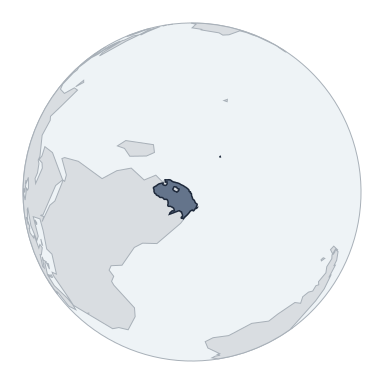 South Africa on an orthographic globe, rotated 252°
{"feature_id": "ZAF", "entity_name": "South Africa", "entity_type": "country or territory", "adm_level": 0, "iso_a3": "ZAF", "parent_name": "Africa", "parent_adm1": "", "projection": "orthographic", "projection_center": [25.295, -34.555], "detail": "fine", "context": "on_globe", "style": "filled", "palette": "slate", "viewbox_px": 384, "rotation_deg": 252, "n_neighbors": 0, "source": "natural_earth", "source_scale": "50m", "svg_char_len": 8718}
<svg xmlns="http://www.w3.org/2000/svg" viewBox="0 0 384 384"><g transform="rotate(252 192 192)"><circle cx="192" cy="192" r="169" fill="#eef3f6" stroke="#a8b0b8"/><path d="M25.3,164.6L25.4,165.0L28.1,159.7L28.7,163.4L28.1,168.3L29.7,166.0L29.7,168.4L38.7,158.9L45.6,158.3L46.9,167.0L44.1,182.5L48.6,208.2L45.5,225.1L49.4,235.9L55.1,255.7L52.6,260.9L58.2,265.0L60.8,271.9L60.5,276.2L64.6,280.9L64.6,283.9L67.6,284.6L73.8,294.4L79.3,297.1L85.4,304.4L89.0,305.7L89.0,306.9L90.7,309.2L92.9,310.5L90.2,312.5L82.4,308.5L78.2,304.4L78.1,305.7L68.4,295.7L70.6,299.0L59.0,287.8L50.4,276.1L33.7,247.6L31.9,244.3L31.6,245.2L27.9,232.2L25.2,218.8L23.6,205.3L23.0,191.7L23.6,178.1L25.3,164.6ZM96.7,310.1L91.5,312.9L93.5,311.0L89.7,306.6L94.4,305.9L96.7,310.1ZM87.8,297.8L86.5,293.8L87.7,293.8L88.9,296.5L87.8,297.8ZM166.9,24.9L167.4,24.9L182.3,23.3L185.2,23.2L185.3,23.2L197.6,23.1L209.9,24.0L222.1,25.7L234.1,28.4L245.9,31.9L257.4,36.2L268.6,41.4L279.3,47.4L289.6,54.1L299.4,61.6L308.6,69.7L317.2,78.5L325.1,87.9L332.3,97.9L338.8,108.4L344.5,119.3L349.4,130.6L353.4,142.2L356.6,154.1L356.5,154.5L355.8,151.3L350.6,135.3L352.2,143.5L356.3,158.2L357.8,170.5L355.8,162.3L354.0,151.4L352.1,145.4L350.8,137.7L345.6,123.0L343.5,120.4L341.9,115.9L334.5,102.4L330.4,98.7L325.2,101.1L327.4,112.3L324.3,114.6L313.2,92.3L307.7,80.8L304.0,79.3L292.3,67.0L272.9,58.4L269.9,55.6L266.3,55.2L258.0,51.0L253.3,46.9L248.4,45.9L260.9,57.0L266.1,58.4L270.1,56.6L272.6,60.4L280.6,66.1L272.6,71.5L243.5,72.7L240.3,64.3L216.2,43.1L216.7,41.4L216.6,41.2L216.3,40.9L214.4,43.5L210.2,40.3L223.4,52.8L225.8,58.8L243.1,73.1L241.5,74.2L247.0,77.8L264.0,78.6L264.1,81.5L256.3,93.4L232.5,110.6L235.5,127.1L233.5,141.6L218.2,150.2L219.2,162.8L211.3,166.8L210.6,174.3L204.0,182.2L193.2,190.2L175.2,191.3L174.3,184.1L165.7,171.4L153.8,142.7L158.6,129.2L157.1,120.0L144.0,102.8L146.9,92.3L143.3,89.0L136.0,91.5L131.9,87.9L127.4,88.9L99.6,101.5L91.0,99.4L80.7,88.7L85.7,80.5L86.5,74.3L120.9,44.2L128.3,42.3L155.5,34.3L158.9,34.2L155.8,37.7L176.2,39.6L182.7,36.2L201.2,38.5L213.4,39.1L217.6,33.4L197.5,32.1L194.0,29.6L209.9,28.4L227.4,30.9L226.6,30.0L215.5,27.0L219.4,26.6L211.6,26.1L214.8,27.0L210.0,27.0L206.8,26.2L208.3,25.9L203.0,25.4L197.2,27.3L199.8,28.5L186.0,29.0L189.1,31.1L185.3,32.4L178.8,29.3L179.4,28.2L167.2,27.0L165.3,28.0L176.7,29.5L173.2,29.6L170.7,31.8L169.8,30.2L157.9,29.0L145.4,32.1L129.5,40.7L122.2,43.6L116.0,45.1L121.7,39.4L137.4,33.7L139.7,32.3L136.4,32.6L141.5,31.1L142.1,30.7L148.0,29.1L156.3,26.9L162.3,25.7L163.0,25.6L166.9,24.9ZM109.3,55.3L108.4,57.0L109.3,55.3ZM246.3,37.7L256.5,40.9L251.2,36.7L254.7,37.8L251.7,36.2L250.8,36.4L243.2,32.7L247.4,33.5L245.8,32.5L242.3,31.4L235.9,30.8L246.7,35.8L244.6,36.3L246.3,37.7ZM150.7,28.2L151.0,28.1L149.3,28.6L136.1,32.6L141.4,30.8L140.5,31.1L150.7,28.2ZM162.7,32.6L165.3,32.3L169.5,31.7L168.0,33.3L162.7,32.6ZM154.4,31.6L156.8,31.1L156.7,32.6L154.0,33.0L154.4,31.6ZM158.1,29.7L156.9,30.9L156.0,30.5L158.1,29.7ZM214.1,34.0L210.6,34.8L208.8,34.2L210.3,34.0L214.1,34.0ZM188.2,33.0L194.1,33.7L187.7,33.4L188.2,33.0ZM269.1,250.6L269.2,254.3L267.0,253.3L269.1,250.6ZM261.4,144.9L248.9,170.0L241.2,168.5L240.3,159.8L245.2,143.9L254.3,141.3L258.9,135.3L261.4,144.9ZM358.3,221.2L357.6,225.1L357.5,225.6L358.3,221.2ZM359.0,215.4L358.6,219.4L358.8,216.2L359.0,215.4ZM358.1,223.1L358.4,221.0L358.2,222.6L358.1,223.1ZM359.2,212.9L358.2,199.2L357.2,192.2L357.9,191.0L359.4,200.1L359.2,212.9ZM357.8,190.5L355.8,175.8L350.0,146.1L352.2,150.1L357.6,172.7L357.3,174.0L358.6,184.2L357.8,190.5ZM360.8,198.3L360.5,203.2L360.4,195.1L360.1,190.7L359.9,180.4L360.0,177.7L360.4,180.6L360.5,179.9L360.8,198.3ZM328.1,113.9L331.7,123.5L329.7,122.9L328.1,113.9ZM297.2,323.4L303.5,318.5L299.2,322.5L295.7,324.9L297.2,323.4ZM303.4,319.0L304.5,318.0L307.8,315.0L307.9,314.6L312.3,310.0L320.4,301.4L320.3,301.1L323.0,298.4L321.6,299.4L326.6,293.3L330.5,287.3L330.1,275.7L331.7,269.8L335.0,266.9L343.6,250.3L343.4,252.1L348.1,242.8L350.3,247.6L353.0,243.2L348.6,255.5L343.2,267.4L336.9,278.9L329.7,289.9L321.7,300.3L312.9,310.0L303.4,319.0Z" fill="#d9dde1" stroke="#a8b0b8" stroke-width="1"/><path d="M203.1,156.1L203.9,156.0L204.6,156.1L205.3,156.4L206.1,156.6L206.8,156.5L207.3,156.5L207.7,156.6L208.1,156.7L208.3,156.9L208.3,157.1L208.4,157.5L208.6,158.2L208.7,158.7L208.9,159.5L208.8,159.9L208.9,160.1L209.0,160.3L209.2,160.7L209.3,160.9L209.3,161.0L209.5,161.3L209.6,161.7L209.7,162.3L209.8,162.6L209.9,163.0L209.9,163.5L209.9,164.1L209.8,164.8L209.8,165.3L209.8,165.6L209.7,166.4L209.6,166.8L209.6,167.1L209.6,167.3L209.4,167.4L208.8,167.0L208.2,166.6L207.7,166.9L207.3,167.3L207.2,167.6L206.9,167.9L206.5,168.5L206.5,169.1L206.5,169.5L206.8,170.0L207.1,170.5L207.6,170.9L208.1,171.1L208.9,171.2L209.4,171.3L209.4,170.9L209.5,170.3L209.6,169.8L209.8,169.9L210.1,169.9L210.5,170.0L210.8,170.0L211.1,170.1L211.6,170.1L211.9,170.1L211.8,170.8L211.3,171.8L211.2,172.3L210.8,174.0L210.3,174.8L210.1,175.2L209.3,175.8L209.2,175.9L208.7,176.0L207.5,177.2L207.0,177.8L206.6,178.7L206.2,179.2L205.6,180.2L205.1,181.0L204.6,181.7L203.8,182.7L203.4,183.0L203.2,183.2L202.5,183.7L201.6,184.7L200.9,185.5L199.8,186.4L199.2,186.8L198.3,187.7L198.1,187.8L197.1,188.5L196.4,189.0L195.2,189.5L194.8,189.7L193.7,189.5L193.3,189.6L192.9,189.9L192.8,190.4L192.7,190.5L192.4,190.4L191.7,190.2L191.3,190.3L191.0,190.5L190.9,190.9L190.3,190.9L189.3,190.6L188.1,190.4L187.8,190.4L187.2,190.6L186.2,190.6L185.7,190.5L185.3,190.5L185.0,190.6L184.6,190.7L183.5,191.6L182.9,191.6L182.4,191.8L182.2,191.8L181.7,191.7L181.3,191.7L181.0,191.9L180.4,192.0L180.2,192.1L179.2,193.0L178.8,193.0L178.3,193.0L177.7,192.6L177.5,192.2L177.4,192.1L177.1,192.0L176.9,191.9L176.6,191.9L176.3,191.9L176.3,191.7L176.3,191.4L176.2,191.2L175.9,191.1L175.7,191.1L175.4,191.2L175.4,191.4L175.4,191.9L175.1,191.5L175.0,191.2L175.1,190.8L175.3,190.6L175.3,190.3L175.2,190.1L174.9,189.5L174.7,189.3L174.5,189.1L174.2,188.7L173.9,188.2L173.7,188.0L173.6,187.6L173.7,187.4L173.9,187.2L174.1,187.4L174.3,187.3L174.6,187.0L174.7,186.6L174.7,185.9L174.6,185.4L174.3,184.3L174.1,184.1L173.5,183.3L172.8,182.3L171.9,180.7L171.4,179.7L170.6,177.7L170.0,176.6L169.3,175.6L169.2,175.5L169.3,175.4L169.6,175.1L169.8,175.0L170.0,174.8L170.0,174.6L170.0,174.4L170.2,174.0L170.3,173.8L170.6,173.7L170.9,173.8L171.0,173.9L171.0,174.1L171.3,174.2L171.5,174.3L171.5,174.6L171.4,174.8L171.5,175.0L171.7,175.3L171.8,175.5L172.2,175.6L172.4,175.7L172.8,175.7L173.1,175.8L173.5,175.9L174.0,175.9L174.7,175.8L175.4,175.8L175.9,175.9L176.2,175.9L176.4,175.8L176.5,175.7L176.6,175.3L176.8,175.3L177.0,175.1L177.1,174.8L177.4,174.6L178.0,174.4L178.2,174.0L178.2,172.7L178.1,171.4L178.1,170.1L178.0,168.8L177.9,167.5L177.9,166.2L177.8,164.9L177.8,163.7L177.9,163.8L178.8,164.4L179.0,164.7L179.2,164.9L179.5,165.7L179.8,166.4L180.1,166.9L180.1,167.1L180.1,167.4L180.2,167.5L180.0,167.9L179.9,168.1L179.7,168.4L179.7,168.8L179.8,169.3L179.9,169.5L180.0,169.6L180.4,169.5L180.6,169.5L180.9,169.6L181.9,169.5L182.0,169.5L182.4,169.5L182.5,169.5L182.6,169.4L182.8,169.1L183.1,168.9L183.3,168.9L183.6,168.7L183.9,168.1L184.5,167.6L184.9,167.3L185.0,167.2L185.2,166.5L185.4,166.0L185.4,165.8L185.6,165.4L185.8,165.1L186.0,164.9L186.3,164.9L186.6,164.8L186.9,164.9L187.3,165.0L187.7,165.3L188.1,165.6L188.3,165.7L188.5,165.8L188.8,165.8L189.1,165.8L189.4,166.1L189.6,166.1L190.0,166.2L190.5,166.3L190.9,166.3L191.2,166.2L191.5,166.1L191.8,166.2L192.1,166.1L192.4,166.0L192.6,165.9L192.8,165.7L193.0,165.2L193.1,164.8L193.3,164.4L193.5,163.8L193.6,163.3L193.7,163.2L194.0,163.1L195.0,162.8L195.2,162.6L195.6,162.2L195.9,161.9L196.1,161.8L196.5,160.4L196.6,160.2L196.8,159.9L197.0,159.7L197.3,159.6L197.5,159.4L198.0,159.3L198.1,159.2L198.4,158.9L198.6,158.9L198.7,158.7L198.8,158.6L199.0,158.5L199.2,158.3L199.2,158.2L199.4,157.9L199.9,157.4L200.4,157.1L200.8,157.1L201.3,157.0L201.7,156.8L201.9,156.6L202.1,156.3L202.5,156.1L203.1,156.1ZM200.8,179.0L201.2,178.9L201.4,178.8L201.5,178.7L201.8,178.2L201.8,177.9L202.0,177.8L202.1,177.7L202.4,177.2L202.5,176.8L202.5,176.7L202.4,176.3L202.3,176.1L202.2,176.1L202.0,175.9L201.7,175.7L201.4,175.5L201.2,175.2L200.9,174.9L200.7,174.6L200.2,174.6L199.6,174.9L199.2,175.1L198.9,175.4L198.5,175.5L198.3,175.5L198.1,175.9L197.9,176.1L197.7,176.4L197.6,176.5L197.5,176.8L197.3,177.0L197.1,177.2L196.9,177.3L196.6,177.4L196.5,177.5L196.6,177.9L196.7,178.2L196.8,178.5L197.0,178.7L197.1,178.9L197.3,179.1L197.2,179.4L197.3,179.5L197.6,179.7L197.6,179.8L197.8,180.0L198.0,180.2L198.2,180.4L198.6,180.5L198.9,180.6L199.0,180.5L199.1,180.4L199.2,180.2L199.3,179.9L199.7,179.3L199.9,179.1L200.0,179.1L200.4,179.1L200.5,179.1L200.8,179.0ZM217.1,229.8L216.6,229.8L216.6,229.6L216.8,229.4L217.0,229.5L217.1,229.8Z" fill="#64748b" stroke="#1e293b" stroke-width="1.5"/></g></svg>